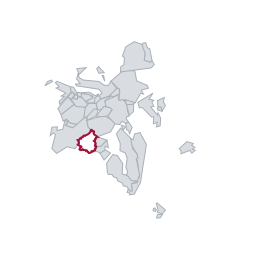 Belarus on a map of Europe (orthographic projection), rotated 138°
{"feature_id": "BLR", "entity_name": "Belarus", "entity_type": "country or territory", "adm_level": 0, "iso_a3": "BLR", "parent_name": "Europe", "parent_adm1": "", "projection": "orthographic", "projection_center": [28.129, 53.705], "detail": "fine", "context": "in_parent", "style": "outline", "palette": "rose", "viewbox_px": 256, "rotation_deg": 138, "n_neighbors": 37, "source": "natural_earth", "source_scale": "50m", "svg_char_len": 10450}
<svg xmlns="http://www.w3.org/2000/svg" viewBox="0 0 256 256"><g transform="rotate(138 128 128)"><path d="M155.1,41.9L159.9,41.4L162.5,45.7L160.4,46.9L157.6,52.9L156.5,52.9L155.1,41.9ZM171.7,80.8L168.2,82.8L168.8,80.1L167.0,78.6L162.6,84.3L157.9,81.1L155.5,84.6L152.9,83.6L143.1,96.8L142.5,99.6L140.8,99.2L138.8,102.5L136.6,114.2L132.9,118.5L132.2,115.8L127.1,119.2L122.1,116.5L125.4,103.4L155.3,79.1L167.6,74.7L171.7,77.4L170.1,78.4L171.7,80.8ZM167.0,42.0L163.8,44.2L160.4,40.5L164.2,39.7L167.0,42.0ZM164.7,49.8L162.7,51.2L161.3,50.2L162.0,49.3L161.6,48.1L163.4,47.6L164.7,49.8Z" fill="#d9dde1" stroke="#a8b0b8" stroke-width="1"/><path d="M105.7,142.0L116.3,154.5L108.8,161.6L109.3,174.2L92.9,174.0L84.7,165.9L90.0,157.3L85.2,146.6L86.2,143.9L92.8,147.3L93.8,142.8L95.3,145.3L105.7,142.0ZM111.0,183.3L114.0,178.3L112.1,184.4L111.0,183.3Z" fill="#d9dde1" stroke="#a8b0b8" stroke-width="1"/><path d="M132.9,118.5L138.3,109.8L138.8,102.5L140.8,99.2L142.5,99.6L150.7,85.5L156.9,82.1L160.7,86.9L160.7,94.4L157.8,95.3L155.9,100.2L148.9,106.0L146.7,111.2L149.1,116.6L144.3,121.4L140.6,131.3L133.6,132.9L132.9,118.5Z" fill="#d9dde1" stroke="#a8b0b8" stroke-width="1"/><path d="M186.7,174.2L190.9,174.4L183.9,179.5L179.6,176.0L182.6,173.7L177.2,170.7L169.1,176.4L169.5,172.0L172.7,172.0L169.0,165.3L158.8,166.6L151.6,163.5L156.9,155.9L156.2,151.2L158.8,150.2L173.6,152.5L174.4,149.6L181.2,148.1L185.7,154.7L198.1,156.9L198.3,163.7L186.3,171.7L186.7,174.2Z" fill="#d9dde1" stroke="#a8b0b8" stroke-width="1"/><path d="M156.7,142.0L157.1,146.9L155.6,147.6L157.2,154.8L153.6,161.2L137.5,153.7L134.2,142.7L134.9,139.7L143.6,136.8L156.7,142.0Z" fill="#d9dde1" stroke="#a8b0b8" stroke-width="1"/><path d="M138.1,163.0L134.7,168.2L130.9,168.5L117.9,162.8L127.1,163.6L129.9,158.5L137.3,160.2L138.1,163.0Z" fill="#d9dde1" stroke="#a8b0b8" stroke-width="1"/><path d="M151.6,163.5L153.1,165.7L148.1,171.5L140.8,172.8L135.3,167.6L138.1,163.0L151.6,163.5Z" fill="#d9dde1" stroke="#a8b0b8" stroke-width="1"/><path d="M163.5,164.9L169.0,165.3L172.7,172.0L169.5,172.0L167.8,175.7L167.5,170.5L163.5,164.9Z" fill="#d9dde1" stroke="#a8b0b8" stroke-width="1"/><path d="M167.8,175.7L171.7,176.5L168.8,182.7L152.7,181.7L145.8,172.0L154.3,165.0L163.5,164.9L167.5,170.5L167.8,175.7Z" fill="#d9dde1" stroke="#a8b0b8" stroke-width="1"/><path d="M163.9,135.5L161.5,140.7L156.7,142.0L151.8,133.1L160.3,132.4L163.9,135.5Z" fill="#d9dde1" stroke="#a8b0b8" stroke-width="1"/><path d="M165.7,128.2L167.6,133.4L163.9,135.5L160.3,132.4L151.8,133.1L155.7,126.6L157.1,129.7L161.3,126.1L165.7,128.2Z" fill="#d9dde1" stroke="#a8b0b8" stroke-width="1"/><path d="M167.2,120.2L165.7,128.2L159.4,126.7L157.8,121.0L167.2,120.2Z" fill="#d9dde1" stroke="#a8b0b8" stroke-width="1"/><path d="M134.9,139.7L135.1,150.5L127.6,152.3L129.9,158.5L127.1,163.6L113.3,159.3L116.3,154.5L113.0,152.7L112.6,148.7L114.5,142.2L116.8,141.3L119.1,136.0L121.2,137.3L123.2,135.8L123.6,132.0L126.7,132.8L127.9,137.1L131.9,136.2L134.9,139.7Z" fill="#d9dde1" stroke="#a8b0b8" stroke-width="1"/><path d="M152.0,180.1L152.7,181.7L168.8,182.7L167.1,189.4L152.1,191.4L152.0,180.1Z" fill="#d9dde1" stroke="#a8b0b8" stroke-width="1"/><path d="M161.6,215.0L156.4,216.3L152.6,214.7L153.2,213.1L161.6,215.0ZM146.2,192.8L163.0,191.1L161.3,193.9L154.2,194.1L156.2,196.4L150.9,195.5L154.7,205.8L151.8,204.6L151.6,210.3L149.5,210.2L143.2,197.2L146.2,192.8Z" fill="#d9dde1" stroke="#a8b0b8" stroke-width="1"/><path d="M146.2,192.8L143.2,197.2L141.1,194.6L143.1,185.3L146.2,192.8Z" fill="#d9dde1" stroke="#a8b0b8" stroke-width="1"/><path d="M136.1,169.2L143.1,175.2L132.9,175.3L139.3,185.6L132.8,180.5L130.7,173.9L127.3,173.0L136.1,169.2Z" fill="#d9dde1" stroke="#a8b0b8" stroke-width="1"/><path d="M118.6,161.3L119.6,165.8L110.9,166.2L108.2,163.3L111.4,159.1L118.6,161.3Z" fill="#d9dde1" stroke="#a8b0b8" stroke-width="1"/><path d="M111.9,148.7L112.2,151.4L111.0,150.7L111.9,148.7Z" fill="#d9dde1" stroke="#a8b0b8" stroke-width="1"/><path d="M113.6,146.3L111.0,150.7L105.7,142.0L111.7,142.8L113.6,146.3Z" fill="#d9dde1" stroke="#a8b0b8" stroke-width="1"/><path d="M118.4,136.6L113.6,146.3L107.8,141.9L113.1,136.5L118.4,136.6Z" fill="#d9dde1" stroke="#a8b0b8" stroke-width="1"/><path d="M65.0,162.1L67.5,161.8L70.6,167.5L65.3,172.1L64.2,178.2L60.3,181.2L57.7,179.5L59.9,174.8L58.9,172.2L65.0,162.1Z" fill="#d9dde1" stroke="#a8b0b8" stroke-width="1"/><path d="M61.7,180.9L65.3,172.1L70.6,167.5L67.5,161.8L65.0,162.1L66.0,157.6L70.5,157.1L96.1,174.7L92.3,178.4L88.6,177.8L83.6,182.7L84.0,185.2L75.4,189.8L65.7,188.0L61.7,180.9Z" fill="#d9dde1" stroke="#a8b0b8" stroke-width="1"/><path d="M91.7,123.6L87.7,128.7L80.6,126.4L84.2,123.8L85.1,119.7L91.5,117.7L89.5,121.5L91.7,123.6Z" fill="#d9dde1" stroke="#a8b0b8" stroke-width="1"/><path d="M120.2,164.3L128.7,167.8L128.4,171.4L123.9,171.3L123.7,176.4L138.1,193.8L137.6,195.8L133.7,192.8L133.5,198.7L128.8,201.8L130.6,198.0L129.1,193.5L118.5,182.1L117.0,175.5L113.8,172.8L109.3,174.2L110.0,165.0L120.2,164.3ZM118.7,200.9L128.4,200.5L126.3,206.3L118.7,200.9ZM108.7,185.1L113.1,188.1L111.6,193.0L108.8,193.3L108.7,185.1Z" fill="#d9dde1" stroke="#a8b0b8" stroke-width="1"/><path d="M126.7,132.8L123.6,132.0L124.5,125.7L130.8,122.6L129.3,125.6L130.3,127.7L126.7,132.8ZM133.0,129.7L131.2,134.7L129.5,131.9L129.6,130.3L133.0,129.7Z" fill="#d9dde1" stroke="#a8b0b8" stroke-width="1"/><path d="M91.7,123.6L89.5,121.5L91.5,117.7L94.0,121.8L91.7,123.6ZM97.1,128.5L97.4,118.0L95.5,119.2L97.2,113.4L102.7,108.0L106.2,109.8L102.4,112.7L106.4,114.1L101.4,119.2L103.2,120.4L103.7,133.6L106.1,135.4L103.5,140.5L86.1,137.2L93.2,135.3L90.3,131.3L92.9,131.3L94.3,126.7L97.1,128.5Z" fill="#d9dde1" stroke="#a8b0b8" stroke-width="1"/><path d="M105.9,73.4L104.0,75.2L103.7,78.4L93.4,78.5L89.9,72.8L92.2,72.6L91.2,68.9L94.4,69.3L92.9,66.5L97.4,66.5L97.1,70.0L105.9,73.4Z" fill="#d9dde1" stroke="#a8b0b8" stroke-width="1"/><path d="M128.7,167.8L135.3,167.6L136.1,169.2L132.1,172.7L127.8,171.6L128.7,167.8Z" fill="#d9dde1" stroke="#a8b0b8" stroke-width="1"/><path d="M168.8,80.1L168.0,85.5L170.3,88.0L169.0,90.9L170.9,95.3L169.9,98.7L171.5,101.5L170.9,104.1L173.7,106.7L173.1,108.7L167.4,116.2L157.0,118.4L154.3,114.7L155.7,105.0L163.0,98.0L160.3,92.8L160.7,86.9L156.9,82.1L162.6,84.3L167.0,78.6L168.8,80.1Z" fill="#d9dde1" stroke="#a8b0b8" stroke-width="1"/><path d="M153.0,160.9L151.0,163.8L140.2,164.8L138.1,161.6L142.9,158.2L153.0,160.9Z" fill="#d9dde1" stroke="#a8b0b8" stroke-width="1"/><path d="M135.1,150.5L140.8,154.5L143.7,158.3L131.6,160.1L127.7,155.3L127.6,152.3L135.1,150.5Z" fill="#d9dde1" stroke="#a8b0b8" stroke-width="1"/><path d="M139.7,185.0L134.4,178.7L133.7,173.8L142.9,176.7L142.6,181.7L139.7,185.0Z" fill="#d9dde1" stroke="#a8b0b8" stroke-width="1"/><path d="M150.7,187.5L152.1,191.4L145.0,191.8L145.8,188.1L150.7,187.5Z" fill="#d9dde1" stroke="#a8b0b8" stroke-width="1"/><path d="M141.9,172.4L145.8,172.0L152.2,178.7L151.2,187.0L148.3,187.6L146.4,183.3L144.6,185.0L141.9,181.8L141.9,172.4Z" fill="#d9dde1" stroke="#a8b0b8" stroke-width="1"/><path d="M144.0,185.8L141.7,188.3L139.3,185.6L141.9,181.8L144.0,185.8Z" fill="#d9dde1" stroke="#a8b0b8" stroke-width="1"/><path d="M145.3,188.8L144.0,185.8L145.9,183.5L149.0,185.9L145.3,188.8Z" fill="#d9dde1" stroke="#a8b0b8" stroke-width="1"/><path d="M176.4,149.3L175.9,149.3L175.4,149.3L175.1,149.6L174.7,149.5L174.2,150.0L173.8,150.6L173.7,150.7L173.6,151.1L173.5,151.4L173.5,151.7L173.7,151.9L173.7,152.2L173.7,152.4L173.6,152.5L173.5,152.8L173.3,152.7L173.0,152.5L172.9,152.2L172.7,152.0L172.6,151.9L172.3,151.9L171.9,152.0L171.4,152.1L171.1,152.1L170.9,152.3L170.6,152.4L170.4,152.2L170.3,151.9L170.1,151.6L170.0,151.4L169.9,151.4L169.7,151.5L169.3,151.8L169.2,151.9L169.0,152.2L168.9,152.2L168.7,151.7L168.3,151.7L167.9,151.6L167.7,151.5L167.4,151.7L167.2,151.7L166.9,151.6L166.7,151.8L166.6,152.0L166.4,152.0L166.4,151.6L166.2,151.5L165.9,151.5L165.6,151.5L165.4,151.5L165.1,150.9L164.9,150.9L164.6,150.9L164.2,150.8L163.7,150.7L163.4,150.6L163.0,150.4L162.1,150.2L161.8,150.1L161.3,150.1L160.5,150.0L160.0,150.0L159.8,150.1L159.5,150.2L159.1,150.2L158.9,150.2L158.6,150.2L158.3,150.2L158.2,150.3L158.1,150.6L157.7,151.0L157.3,151.3L157.2,151.3L157.0,151.1L156.8,151.0L156.6,151.0L156.4,151.1L156.4,151.5L156.2,151.1L156.2,150.7L156.3,150.5L156.5,150.3L156.4,150.1L156.6,149.7L156.6,149.4L156.5,149.2L156.2,149.0L156.1,148.9L155.8,148.7L155.5,148.5L155.5,148.4L155.6,148.2L155.8,147.8L156.1,147.5L156.3,147.4L157.2,147.0L157.3,146.8L157.4,146.6L157.4,146.4L157.4,146.0L157.4,145.5L157.3,145.2L157.2,144.6L156.8,143.2L156.7,141.9L156.8,142.0L157.2,142.0L157.6,141.9L157.9,142.0L158.1,141.9L158.3,141.9L158.4,142.0L158.6,142.2L159.0,142.0L159.3,141.9L159.7,141.9L159.8,141.3L159.9,141.2L160.3,141.3L160.5,141.2L160.9,140.8L161.1,140.9L161.3,140.7L161.4,140.8L161.5,141.0L161.4,141.2L161.6,141.3L161.8,141.3L162.0,141.3L162.0,141.2L162.0,140.9L161.9,140.7L161.7,140.6L161.6,140.4L161.7,140.0L161.9,139.7L162.0,139.6L162.0,139.4L162.0,139.0L162.2,138.6L162.3,138.2L162.6,138.1L162.9,138.1L163.1,137.9L163.2,137.7L163.3,137.4L164.1,137.4L164.2,137.2L164.4,137.0L164.5,136.9L164.4,136.8L164.3,136.7L163.8,136.7L163.9,136.2L164.0,135.8L164.1,135.5L164.1,135.3L164.5,135.2L164.9,134.7L165.1,134.7L165.7,134.8L166.0,134.8L166.3,134.8L166.4,134.4L166.6,134.3L167.0,133.7L167.3,133.5L167.5,133.4L167.6,133.5L167.9,133.8L168.1,133.7L168.5,133.7L168.7,133.8L168.8,134.0L169.0,134.2L169.4,134.0L169.5,133.9L170.1,134.1L170.3,134.2L170.4,134.3L170.4,134.5L170.3,134.9L170.4,135.1L170.6,135.2L170.9,135.0L171.0,134.9L171.3,134.8L171.4,134.6L171.6,134.6L171.8,134.6L172.2,134.6L172.7,134.8L172.8,134.9L173.0,135.1L173.1,135.3L173.4,135.4L173.5,135.5L173.8,135.6L173.8,135.8L173.8,136.3L173.7,136.4L173.6,136.6L173.6,136.8L173.8,137.0L174.0,137.3L174.0,137.5L173.8,138.1L173.7,138.2L173.7,138.4L173.6,138.7L174.1,139.1L174.4,139.3L174.5,139.3L174.3,139.8L174.6,140.0L174.7,140.3L174.9,140.7L175.1,141.0L175.7,141.3L176.1,141.5L176.2,142.0L176.1,142.3L176.0,142.5L176.6,142.5L177.1,142.6L177.7,142.9L177.7,143.0L177.7,143.3L177.8,143.5L178.3,143.8L178.4,144.1L178.4,144.3L178.2,144.3L177.8,144.6L177.8,144.8L177.4,145.2L177.1,145.3L176.9,145.3L176.4,145.3L176.2,145.1L176.0,144.9L175.7,145.0L175.4,145.0L175.2,145.2L175.1,145.5L175.1,145.8L175.3,146.0L175.5,146.3L175.7,146.6L175.8,146.7L175.8,146.8L175.7,147.0L176.0,147.6L175.9,147.6L175.9,148.0L175.9,148.5L176.0,148.6L176.2,148.8L176.4,149.2L176.4,149.3Z" fill="none" stroke="#9f1239" stroke-width="2"/></g></svg>